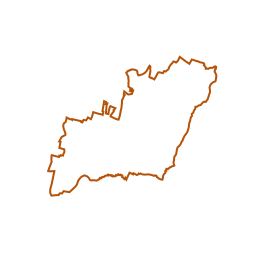 outline of Pancesti, Bacau, Romania, rotated 29°
{"feature_id": "2599482B36225776128358", "entity_name": "Pancesti", "entity_type": "district", "adm_level": 2, "iso_a3": "ROU", "parent_name": "Romania", "parent_adm1": "Bacau", "projection": "orthographic", "projection_center": [27.113, 46.364], "detail": "fine", "context": "isolated", "style": "outline", "palette": "amber", "viewbox_px": 256, "rotation_deg": 29, "n_neighbors": 0, "source": "geoboundaries", "source_scale": "gbopen_adm2", "svg_char_len": 5774}
<svg xmlns="http://www.w3.org/2000/svg" viewBox="0 0 256 256"><g transform="rotate(29 128 128)"><path d="M94.0,224.2L95.7,222.9L99.9,220.2L99.8,219.3L100.2,218.0L102.0,217.3L102.3,214.5L107.9,212.5L110.4,204.8L110.6,203.7L110.6,203.2L110.7,202.1L110.0,198.2L110.5,194.5L111.2,192.9L112.2,191.4L113.0,190.5L116.0,190.1L118.7,191.0L119.6,191.8L120.9,191.8L121.7,191.5L122.8,190.5L126.0,189.3L126.7,188.4L126.9,187.8L127.7,186.9L127.5,186.3L127.9,185.9L127.7,185.5L127.7,185.3L127.9,185.3L128.3,184.9L128.6,185.1L128.9,185.0L128.9,184.6L128.8,184.4L129.0,184.3L129.1,184.1L129.0,183.8L129.3,183.3L129.8,183.2L129.9,182.9L130.5,182.5L130.6,182.2L130.8,182.1L130.9,181.4L131.2,180.9L131.5,180.9L131.9,180.1L132.8,179.6L133.2,179.1L133.6,179.1L133.5,178.7L133.2,178.4L133.4,178.2L134.1,178.3L134.9,178.2L135.3,177.8L135.8,178.0L136.3,177.6L136.3,177.8L136.4,177.6L136.7,177.8L137.3,177.7L137.8,178.0L138.6,177.4L138.8,176.8L139.4,176.9L140.0,176.7L140.3,176.2L140.5,176.0L140.7,175.4L140.5,175.1L141.0,175.0L141.0,174.8L141.4,174.5L141.4,173.9L141.8,173.7L141.8,173.4L142.0,173.2L142.7,173.6L143.1,173.1L143.7,173.2L143.9,173.1L144.0,172.7L144.3,172.7L144.0,172.5L144.1,172.4L145.2,172.3L145.6,172.8L146.2,172.5L146.7,173.7L147.1,173.5L147.6,173.7L147.9,173.7L148.5,174.1L149.9,174.5L150.1,174.3L150.2,173.7L150.0,173.0L151.6,173.9L151.4,172.6L151.0,166.3L154.9,166.1L154.7,164.9L157.2,164.8L158.4,164.9L159.0,164.1L159.7,163.4L159.6,162.8L160.1,162.9L161.0,161.7L162.3,161.7L163.6,161.4L165.7,160.4L168.2,158.7L171.5,157.6L173.7,157.3L174.3,156.9L174.3,156.7L174.7,156.7L175.1,156.3L175.1,156.2L175.8,156.0L176.2,156.1L176.9,156.8L177.0,156.7L177.3,156.9L178.4,156.9L178.8,157.0L179.0,157.2L179.6,157.3L182.3,156.9L183.1,156.6L183.0,155.5L182.0,153.1L182.0,152.7L181.8,151.8L181.9,150.8L182.4,149.0L181.9,148.1L181.8,147.7L181.5,147.7L181.4,147.1L182.2,146.7L181.7,145.9L181.4,145.1L182.2,144.7L182.9,144.5L183.0,143.8L183.2,143.7L183.7,142.4L183.7,142.1L184.4,141.4L184.4,141.2L185.3,140.0L186.7,138.4L185.4,137.2L184.6,136.2L184.0,134.6L183.8,133.5L183.0,132.2L182.5,130.4L182.6,129.7L182.8,129.4L182.7,127.2L182.4,126.5L182.1,125.4L181.4,123.8L181.1,122.2L180.8,121.3L180.9,120.2L181.7,118.5L181.6,117.8L181.8,116.7L181.8,115.8L181.5,113.6L181.9,112.5L181.7,112.2L181.3,110.7L181.5,109.8L181.3,108.7L181.3,107.3L181.3,106.8L181.6,105.7L181.8,102.4L181.4,100.8L181.2,99.5L180.9,98.2L179.6,95.1L179.0,93.3L179.0,92.1L178.0,89.1L177.8,87.9L178.1,86.6L177.7,85.7L177.2,85.3L177.0,84.7L177.1,84.3L177.6,83.3L177.6,82.6L177.2,80.7L177.5,78.8L177.2,77.9L176.7,77.0L176.8,76.7L177.1,76.4L178.1,75.8L179.0,73.9L180.4,72.7L180.9,70.0L181.2,69.1L181.5,68.5L182.0,68.0L183.4,67.4L183.3,67.1L183.7,64.9L183.7,63.8L183.4,62.8L183.3,61.5L182.8,60.0L182.5,57.3L181.2,55.0L179.7,53.1L179.3,51.1L179.2,49.7L179.5,48.6L179.7,48.3L180.2,47.0L180.5,46.2L181.5,45.3L181.8,44.3L181.1,42.5L180.8,41.3L180.5,41.0L180.1,39.7L179.2,38.6L177.4,37.3L177.3,37.1L176.5,36.8L176.0,35.5L175.9,34.9L176.1,34.5L176.1,33.9L175.6,33.7L175.6,33.3L175.9,32.8L175.9,32.5L175.7,32.3L175.3,32.3L175.2,31.8L174.4,31.8L173.5,32.8L173.2,33.8L172.7,34.5L171.4,35.1L170.3,35.9L169.5,37.3L169.2,37.3L168.8,37.6L168.2,37.9L167.3,38.5L166.9,37.5L166.3,37.3L164.8,36.5L163.8,36.2L163.9,35.3L163.2,34.7L162.0,34.7L158.7,35.7L157.0,35.7L156.8,35.9L156.0,36.0L155.3,36.3L153.7,36.5L150.6,37.2L150.6,42.1L146.1,41.7L138.8,40.7L139.1,45.0L138.4,47.2L138.3,47.5L137.4,47.4L135.8,47.6L135.4,48.0L135.4,49.5L134.7,51.7L134.5,54.2L134.5,55.1L134.9,56.8L134.3,58.5L133.4,60.5L132.3,60.6L131.9,60.9L131.9,63.2L130.1,63.6L128.3,64.2L127.6,64.6L127.4,65.8L127.5,70.0L127.4,72.8L125.7,72.7L125.3,72.8L125.2,72.7L124.3,72.7L124.3,73.0L122.2,73.2L121.5,72.1L121.2,70.8L120.8,69.9L120.5,68.7L119.7,66.8L118.7,65.5L117.8,63.4L116.7,63.1L116.6,63.8L116.6,69.3L115.9,71.9L114.5,74.2L113.4,75.2L112.1,76.7L111.7,76.9L111.0,76.6L109.6,75.3L108.7,74.1L108.1,73.6L107.6,73.5L105.5,73.8L102.8,74.9L102.5,75.6L102.1,75.8L102.1,76.1L101.7,76.4L101.6,76.8L101.3,76.8L100.2,78.3L100.1,78.5L100.3,78.7L100.1,78.9L100.1,79.2L99.9,79.5L99.7,80.6L103.4,83.0L103.7,83.3L103.9,84.1L104.3,84.5L104.5,84.9L104.8,85.1L104.9,85.4L105.3,85.8L106.1,87.2L106.4,88.2L107.9,90.6L108.2,91.5L111.7,92.1L111.7,92.3L111.1,92.2L111.1,92.5L111.4,92.5L111.3,93.0L111.9,93.2L111.8,94.7L112.6,94.6L112.7,93.6L112.9,92.4L112.8,91.9L114.3,92.5L114.5,93.0L114.5,94.4L114.8,95.7L114.7,96.1L114.8,96.4L112.0,98.6L107.0,97.8L108.1,100.8L108.6,101.0L108.7,101.5L109.1,101.2L109.0,102.3L109.4,105.0L109.1,105.8L109.8,107.8L110.4,108.6L111.9,112.2L112.4,113.2L112.6,114.1L112.9,114.8L113.2,116.4L113.8,117.8L114.0,118.6L114.5,120.0L115.2,122.6L115.7,125.3L115.2,125.5L112.5,126.0L107.1,126.3L106.8,125.1L107.5,120.3L107.4,120.0L106.7,119.4L107.1,118.7L107.3,116.8L106.9,116.9L102.0,117.4L102.0,118.7L103.1,122.9L104.1,125.3L103.9,125.5L102.9,125.5L102.4,125.8L101.6,126.0L97.9,117.6L98.2,117.3L98.1,116.8L97.7,117.2L97.4,117.1L97.0,117.5L97.0,117.3L97.2,117.1L97.1,116.6L96.7,116.6L96.3,115.9L95.6,116.1L94.1,116.1L97.5,125.6L98.5,125.6L99.5,128.8L98.7,128.8L94.7,130.0L89.9,131.0L91.0,135.2L91.3,138.3L87.9,138.2L87.9,138.6L87.7,141.6L85.2,142.4L85.3,145.3L84.4,145.5L84.2,144.6L74.9,147.3L75.1,148.0L74.1,147.8L73.6,148.2L72.4,148.6L71.6,148.4L70.9,148.6L69.3,148.6L69.8,150.0L70.5,152.9L69.7,155.0L69.9,156.5L70.4,157.7L72.1,159.8L75.8,162.9L76.6,164.4L74.3,168.1L74.4,173.2L75.7,172.8L77.6,178.7L82.6,177.6L83.9,179.6L84.1,180.4L84.1,182.0L84.2,182.8L84.5,183.6L82.4,184.4L82.6,185.0L81.3,185.5L81.7,186.8L74.5,188.7L74.6,189.5L75.3,190.7L75.8,191.9L76.7,193.4L77.5,194.4L77.9,196.6L78.4,200.7L78.7,202.3L78.9,203.7L79.1,204.4L80.3,204.0L84.5,201.4L88.3,213.6L89.4,218.2L90.3,220.6L90.9,221.7L92.1,223.0L93.1,223.8L94.0,224.2Z" fill="none" stroke="#b45309" stroke-width="2"/></g></svg>